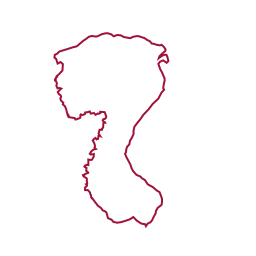 outline of Asprogia, Paphos, Cyprus, rotated 162°
{"feature_id": "46923920B38834541661991", "entity_name": "Asprogia", "entity_type": "district", "adm_level": 2, "iso_a3": "CYP", "parent_name": "Cyprus", "parent_adm1": "Paphos", "projection": "albers", "projection_center": [32.61, 34.943], "detail": "fine", "context": "isolated", "style": "outline", "palette": "rose", "viewbox_px": 256, "rotation_deg": 162, "n_neighbors": 0, "source": "geoboundaries", "source_scale": "gbopen_adm2", "svg_char_len": 3402}
<svg xmlns="http://www.w3.org/2000/svg" viewBox="0 0 256 256"><g transform="rotate(162 128 128)"><path d="M141.3,29.1L139.0,30.9L135.6,31.5L133.5,32.9L130.4,36.2L128.2,38.1L126.9,40.7L124.4,42.9L119.9,44.5L118.5,47.1L117.5,50.4L117.7,54.8L117.8,57.2L120.2,60.0L122.7,64.2L126.6,68.3L128.0,73.3L130.4,76.0L131.1,77.9L134.4,80.8L136.4,85.3L137.0,88.4L137.0,92.5L137.8,96.9L138.5,100.7L138.8,104.3L137.3,105.8L136.4,107.9L134.8,110.3L131.8,112.0L129.9,115.5L128.0,116.9L124.5,120.6L123.7,123.6L121.5,127.2L117.5,130.0L113.6,132.5L109.3,135.8L102.3,139.6L97.2,143.2L90.1,146.5L85.3,151.2L81.8,153.3L82.2,154.9L81.2,157.1L80.1,159.2L78.5,161.7L77.9,164.1L78.5,170.5L79.2,173.8L79.3,179.6L77.2,181.1L73.7,181.5L71.1,178.1L68.9,179.2L68.6,183.1L68.8,185.7L70.2,186.3L73.4,186.2L77.1,184.9L75.9,186.5L72.7,188.1L68.7,189.7L68.0,191.0L68.8,194.0L70.4,196.8L72.1,196.7L75.0,198.3L77.5,200.1L79.4,201.1L80.3,203.6L82.9,206.2L84.6,208.5L86.4,209.7L88.7,211.5L90.8,212.6L94.4,213.1L95.1,213.2L97.3,212.8L98.1,212.7L101.4,214.5L103.7,215.7L106.3,218.4L109.6,219.8L113.2,219.6L115.1,222.3L117.7,224.2L119.9,225.0L123.8,225.3L128.7,224.7L130.2,224.8L133.7,226.6L136.8,226.9L140.6,225.6L143.8,224.7L150.7,221.8L152.2,221.5L155.2,221.8L160.7,221.8L165.8,221.9L169.9,221.9L172.3,220.6L175.0,220.2L176.2,217.7L175.0,215.9L175.0,212.9L175.0,211.0L171.8,211.6L170.2,208.9L170.9,207.1L172.6,202.9L176.6,200.7L179.8,199.3L179.7,198.6L180.4,198.6L181.3,197.7L181.5,197.0L181.7,196.5L182.5,196.7L182.8,195.7L182.2,195.2L181.9,194.2L181.8,193.2L181.9,192.3L181.9,192.2L183.0,190.6L182.8,187.5L181.2,187.4L179.3,186.1L181.7,185.0L183.7,183.9L183.3,181.7L181.9,179.8L182.0,178.3L182.0,178.2L183.3,176.9L183.2,174.6L181.7,172.0L181.8,171.9L182.7,170.5L181.3,168.5L181.0,165.2L181.3,161.0L180.7,158.5L180.8,158.5L181.4,158.6L181.1,156.7L179.5,155.9L177.5,154.9L175.6,153.9L175.4,152.3L173.8,152.2L172.2,152.3L170.7,152.3L169.9,153.0L169.3,155.0L168.7,155.5L167.3,154.4L164.7,154.5L163.9,156.0L162.0,155.6L159.2,155.5L159.0,153.2L155.8,152.8L154.8,150.6L153.1,150.9L152.2,151.1L151.5,150.6L149.8,150.7L149.4,152.0L147.8,151.3L145.3,150.3L145.1,145.9L145.4,145.1L145.5,145.0L146.4,144.1L147.3,143.8L148.7,144.0L149.7,143.1L149.3,141.7L148.2,140.6L148.1,140.1L149.1,140.4L149.8,140.3L149.9,140.1L150.4,139.1L151.1,137.2L151.5,136.1L152.9,135.4L153.2,134.4L155.6,135.1L157.7,131.8L157.0,129.2L157.1,129.3L158.5,129.7L159.1,128.2L160.0,126.9L161.4,126.9L162.0,128.6L163.5,128.2L165.4,127.0L164.8,124.2L164.9,121.1L165.9,119.6L165.0,118.0L167.7,118.1L170.2,117.1L172.3,115.2L171.5,114.2L168.5,113.8L169.4,111.4L172.0,109.0L173.3,109.1L175.5,110.3L176.1,108.3L177.2,105.0L178.5,105.7L180.4,105.6L181.4,104.7L179.8,102.9L181.0,100.3L180.3,99.2L180.1,98.8L179.7,98.2L179.6,97.8L179.7,97.7L180.0,97.5L180.8,97.7L182.5,97.5L183.5,97.4L183.7,97.0L183.8,96.9L184.1,96.9L185.4,97.1L185.4,96.7L185.2,95.8L184.7,95.0L183.0,93.2L182.8,92.4L183.0,91.8L183.3,91.0L183.6,90.3L183.7,89.3L183.8,88.3L184.1,87.6L185.2,87.5L185.0,87.1L184.7,85.9L184.8,85.8L185.4,85.5L187.3,84.5L188.0,82.2L187.3,81.9L185.4,81.4L184.5,79.4L184.0,78.2L184.3,77.0L184.0,75.5L184.4,73.6L184.1,72.3L183.7,72.3L183.3,70.9L182.0,67.2L180.7,63.6L178.2,59.9L177.5,57.4L176.0,56.3L174.6,54.4L174.9,48.5L172.0,45.9L170.8,43.1L167.4,41.2L163.2,40.6L158.4,40.5L154.4,40.6L150.5,41.7L148.2,37.1L144.9,33.0L141.5,31.2L141.3,29.1Z" fill="none" stroke="#9f1239" stroke-width="2"/></g></svg>